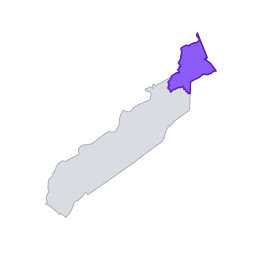 Togo, with Savanes highlighted, rotated 55°
{"feature_id": "TGO-90", "entity_name": "Savanes", "entity_type": "Region", "adm_level": 1, "iso_a3": "TGO", "parent_name": "Togo", "parent_adm1": "", "projection": "robinson", "projection_center": [0.453, 10.505], "detail": "fine", "context": "in_parent", "style": "filled", "palette": "violet", "viewbox_px": 256, "rotation_deg": 55, "n_neighbors": 0, "source": "natural_earth", "source_scale": "10m", "svg_char_len": 3974}
<svg xmlns="http://www.w3.org/2000/svg" viewBox="0 0 256 256"><g transform="rotate(55 128 128)"><path d="M131.6,23.1L130.6,27.9L128.5,33.7L127.2,35.6L126.3,49.8L126.9,51.0L127.4,51.4L133.8,56.2L142.3,62.5L148.2,67.0L148.7,68.5L148.8,77.9L148.9,85.9L150.1,90.5L150.4,95.0L151.9,98.4L157.4,104.9L158.7,108.7L158.9,121.0L159.0,130.3L159.7,143.0L159.7,153.6L159.7,167.0L159.7,182.7L159.7,199.1L156.1,199.3L158.1,204.4L158.4,209.0L158.9,210.5L157.9,212.8L158.7,216.2L160.3,217.4L164.3,224.3L165.7,230.1L159.2,232.0L159.7,233.5L147.6,236.6L142.8,239.1L142.7,236.7L140.9,236.2L138.8,235.4L137.4,234.1L135.6,231.2L134.9,228.9L132.1,228.6L128.6,226.0L125.3,223.1L124.1,220.2L124.4,218.9L123.9,217.5L122.8,217.0L119.8,210.4L117.9,207.7L117.1,205.6L117.4,203.9L117.0,201.7L117.6,199.9L119.2,198.8L119.7,197.5L119.8,194.8L120.7,189.0L121.3,183.4L119.6,181.9L117.5,181.4L116.5,179.8L116.0,177.2L116.1,174.9L120.2,166.9L119.3,148.5L119.9,145.7L121.8,143.8L123.4,141.6L123.3,139.3L120.6,133.8L115.4,129.6L112.8,126.2L111.4,123.2L111.1,121.5L114.3,119.1L115.6,117.5L115.8,115.5L114.5,112.1L114.8,105.8L116.0,101.2L117.2,95.1L117.1,93.4L114.0,89.8L112.4,89.3L111.1,89.5L107.9,91.9L106.8,92.2L106.1,91.5L105.7,90.5L106.9,89.1L106.5,87.3L107.4,85.8L109.4,85.1L110.0,84.3L107.3,83.6L107.0,82.5L107.1,81.5L107.9,81.3L108.8,81.4L109.3,80.6L109.7,75.5L110.0,73.7L110.3,70.2L110.8,56.5L111.4,55.0L111.5,54.0L109.6,53.4L105.1,49.7L102.5,46.8L100.2,43.9L98.3,42.0L94.5,39.1L93.4,37.2L93.2,35.4L94.4,31.6L96.2,27.6L97.1,21.9L96.5,20.4L94.1,17.7L102.9,19.8L115.5,23.2L115.7,23.8L115.8,24.8L118.0,24.8L121.6,23.6L131.6,23.1Z" fill="#d9dde1" stroke="#a8b0b8" stroke-width="1"/><path d="M92.7,19.0L92.0,18.8L91.2,18.3L90.6,17.6L90.3,16.9L92.3,17.3L94.3,17.8L99.0,18.9L107.9,20.9L111.2,21.7L115.6,22.7L115.6,22.8L115.7,23.0L115.6,23.4L115.6,23.5L115.4,23.7L116.1,23.9L115.6,25.8L120.4,23.9L122.9,23.3L126.6,23.3L131.6,23.1L130.6,25.9L130.5,26.7L130.6,27.2L130.9,28.1L131.0,28.6L130.4,29.9L130.3,30.4L130.2,31.4L130.1,31.8L129.6,32.6L127.5,34.9L127.0,36.3L127.3,40.3L127.2,42.0L126.7,44.5L126.1,49.0L126.2,50.0L126.5,50.7L129.4,52.9L133.1,55.7L135.3,57.3L134.6,58.5L134.4,58.7L134.1,58.9L133.9,58.9L132.9,58.7L132.6,58.7L132.2,58.7L131.9,58.9L131.5,59.4L131.3,59.5L131.1,59.4L130.8,59.1L130.6,59.0L129.7,59.0L128.7,59.5L128.1,60.0L127.9,60.0L127.8,59.9L127.7,59.7L127.5,59.3L127.3,59.2L127.0,59.1L125.9,59.0L125.4,59.2L125.3,59.4L125.2,59.6L125.3,59.8L125.4,60.4L125.3,61.0L125.1,61.4L124.0,63.2L123.6,64.1L123.5,64.6L123.4,65.1L123.3,66.5L123.4,66.9L123.4,67.1L123.3,67.3L123.2,67.6L123.0,67.9L122.9,68.3L122.8,68.8L122.6,69.1L122.6,69.4L122.6,69.7L122.6,69.9L123.1,71.4L123.1,71.9L123.1,72.2L122.7,72.1L122.3,72.3L122.0,72.2L121.7,72.0L121.5,71.9L120.3,72.0L119.8,72.0L119.2,72.2L118.7,72.4L118.4,72.4L118.2,72.3L118.0,72.2L117.7,71.6L117.4,71.4L117.1,71.1L116.9,71.0L116.8,70.8L116.7,70.6L116.7,70.4L116.7,70.2L116.9,69.8L116.9,69.7L116.7,69.4L116.4,69.4L116.1,69.4L115.5,69.3L115.0,69.3L114.7,69.3L114.5,69.2L114.2,68.9L113.3,68.7L113.2,68.6L113.1,68.4L113.0,68.2L113.0,67.9L113.0,67.4L113.1,67.1L113.0,66.9L112.9,66.7L112.5,65.9L112.2,65.5L112.0,65.3L112.1,64.6L112.0,63.7L111.7,63.4L111.3,63.3L110.8,62.9L110.4,61.8L110.6,58.7L110.5,57.2L110.8,56.6L110.9,55.9L111.1,55.2L112.1,54.4L111.3,53.7L110.9,53.5L109.2,53.8L108.7,53.8L109.0,52.9L108.6,52.2L107.9,51.5L107.5,50.7L107.6,50.3L107.7,49.9L107.7,49.4L107.3,49.0L106.9,48.9L106.6,49.0L106.2,49.2L105.7,49.3L105.4,49.3L104.3,48.8L104.2,48.9L104.1,49.2L104.0,49.5L103.7,49.5L103.6,49.4L101.6,45.2L101.0,44.5L98.9,43.0L98.6,42.6L98.2,41.6L97.9,41.2L97.5,41.0L96.3,40.5L96.0,40.3L95.7,40.0L95.4,39.8L94.5,39.7L94.1,39.5L93.7,39.3L93.3,39.0L92.9,38.1L92.9,37.1L93.2,36.0L93.3,35.4L93.5,33.6L93.8,32.8L94.4,32.0L95.2,31.4L95.5,31.1L95.6,30.6L95.4,29.7L95.3,29.3L96.2,24.9L96.4,24.5L96.7,24.1L97.0,23.9L97.3,23.5L97.4,23.0L97.5,21.4L97.4,20.1L96.8,19.0L95.5,18.5L94.8,18.5L93.4,18.9L92.7,19.0Z" fill="#8b5cf6" stroke="#5b21b6" stroke-width="1.5"/></g></svg>